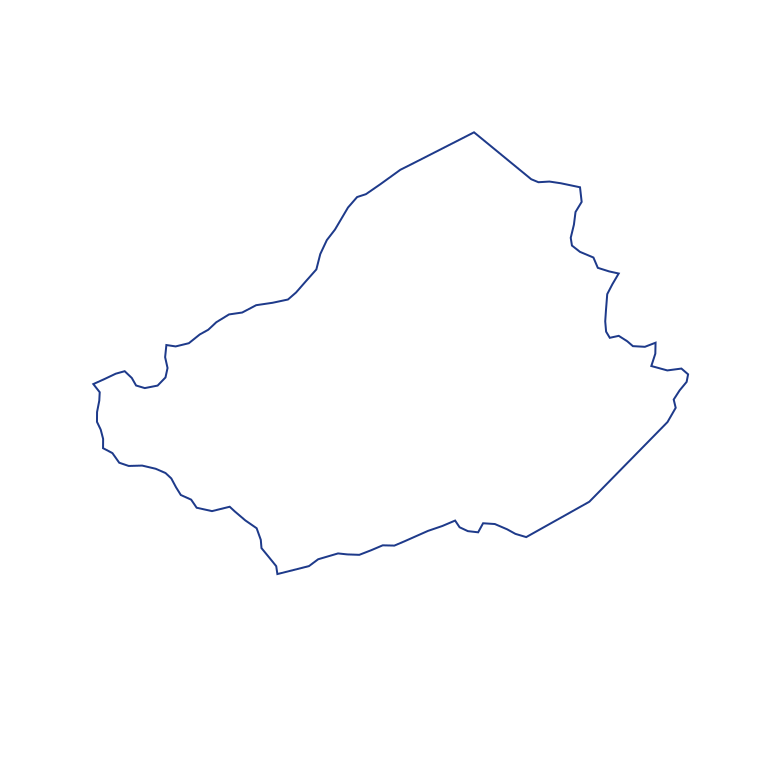 outline of Solânea, Paraíba, Brazil, rotated 247°
{"feature_id": "56859067B20295447972760", "entity_name": "Solânea", "entity_type": "district", "adm_level": 2, "iso_a3": "BRA", "parent_name": "Brazil", "parent_adm1": "Paraíba", "projection": "equal_earth", "projection_center": [-35.722, -6.744], "detail": "fine", "context": "isolated", "style": "outline", "palette": "blue", "viewbox_px": 768, "rotation_deg": 247, "n_neighbors": 0, "source": "geoboundaries", "source_scale": "gbopen_adm2", "svg_char_len": 1618}
<svg xmlns="http://www.w3.org/2000/svg" viewBox="0 0 768 768"><g transform="rotate(247 384 384)"><path d="M456.5,621.1L467.5,627.5L474.4,637.1L488.5,641.3L499.7,625.2L505.7,615.4L509.4,605.0L515.0,599.5L580.5,565.2L575.8,498.2L574.8,482.7L569.3,458.6L565.8,441.5L566.6,432.3L560.5,419.8L545.3,399.2L538.8,387.6L528.5,376.1L515.9,366.5L509.0,352.0L502.6,338.8L499.3,328.6L502.3,313.2L506.5,297.1L505.2,281.4L508.6,268.5L506.4,253.8L502.6,243.4L501.6,233.8L497.8,220.3L500.0,206.9L504.9,198.9L494.2,193.0L483.3,191.0L475.4,185.4L471.0,175.0L473.7,162.2L479.5,155.2L488.1,154.2L497.1,150.3L498.3,141.1L497.8,129.1L497.5,116.4L487.5,119.1L479.9,115.4L470.3,108.9L461.3,105.0L452.7,105.4L443.2,104.0L434.7,100.3L426.5,107.0L415.0,109.5L408.3,117.0L403.4,129.5L395.2,140.7L387.4,148.1L380.2,151.3L370.2,152.2L361.2,153.6L352.9,161.3L343.3,163.2L334.2,176.0L331.3,194.0L324.9,196.9L312.7,203.0L301.0,210.4L288.7,209.7L280.8,207.1L269.6,210.4L258.4,213.6L250.7,211.6L245.7,243.8L248.4,254.9L246.0,275.5L241.5,283.6L236.4,294.5L236.0,307.1L236.0,319.8L231.2,330.4L231.2,342.0L231.6,367.1L230.5,382.2L230.5,396.1L222.6,397.6L215.8,403.7L210.7,412.7L217.1,420.8L211.8,431.3L202.1,440.6L194.7,446.4L187.5,455.1L195.4,527.0L238.2,630.1L248.1,643.2L256.5,644.6L262.6,653.6L267.7,663.4L274.1,667.7L282.0,663.8L285.8,650.1L296.1,637.1L305.9,645.6L315.9,650.1L316.3,638.7L321.6,627.9L328.3,624.6L336.6,618.9L338.3,609.9L345.4,608.9L355.2,612.1L364.9,617.0L379.5,624.6L386.6,633.2L394.0,643.2L399.7,635.2L407.4,626.2L418.6,626.2L429.1,616.0L438.0,611.1L445.6,613.0L456.5,621.1Z" fill="none" stroke="#1e3a8a" stroke-width="2"/></g></svg>